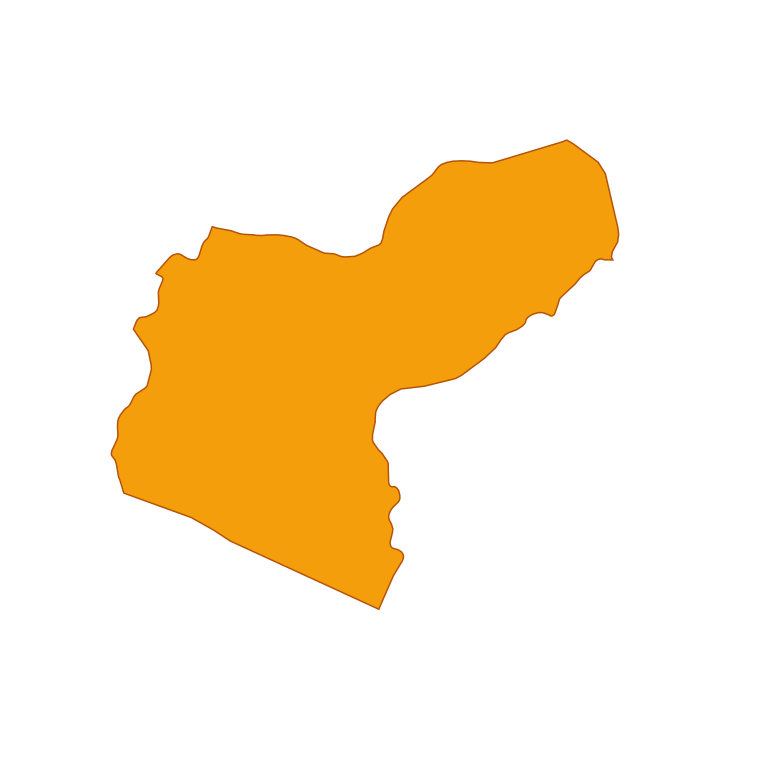 the Province of Pouthisat, rotated 159°
{"feature_id": "KHM-1780", "entity_name": "Pouthisat", "entity_type": "Province", "adm_level": 1, "iso_a3": "KHM", "parent_name": "Cambodia", "parent_adm1": "", "projection": "orthographic", "projection_center": [103.597, 12.527], "detail": "fine", "context": "isolated", "style": "filled", "palette": "amber", "viewbox_px": 768, "rotation_deg": 159, "n_neighbors": 0, "source": "natural_earth", "source_scale": "10m", "svg_char_len": 2823}
<svg xmlns="http://www.w3.org/2000/svg" viewBox="0 0 768 768"><g transform="rotate(159 384 384)"><path d="M125.9,546.2L121.4,540.6L104.6,514.3L102.0,500.9L109.7,445.8L111.4,439.4L114.9,433.0L123.5,425.6L126.3,420.8L125.9,417.8L133.8,421.0L135.2,422.2L135.7,422.5L136.4,422.9L137.8,423.3L139.2,423.5L141.3,423.2L143.6,422.1L149.6,417.1L152.0,415.7L155.1,415.2L158.5,414.4L163.3,412.6L169.5,409.0L187.2,401.8L189.8,400.3L193.5,395.4L199.9,388.0L201.2,387.5L203.1,387.3L203.8,387.7L205.7,389.8L210.2,393.7L214.0,395.2L216.0,395.5L218.2,395.7L220.8,395.7L224.1,395.2L226.4,394.4L227.9,393.6L228.6,392.7L229.9,390.8L231.3,389.8L233.9,388.6L240.3,387.2L249.7,387.2L253.3,386.5L259.2,383.2L266.6,378.0L281.2,372.0L308.7,364.3L315.5,363.5L347.3,367.5L370.0,373.3L381.5,372.1L391.2,368.9L396.6,365.8L399.7,363.2L401.9,360.6L405.0,354.1L405.2,353.4L405.8,351.7L412.6,341.3L414.8,336.0L415.0,334.6L415.0,333.3L412.8,324.7L410.7,320.0L408.7,311.2L408.5,308.6L415.0,290.3L415.1,289.0L415.2,288.4L415.0,287.3L414.6,286.5L414.1,285.7L413.4,285.2L410.8,284.3L409.3,282.3L408.5,279.1L409.1,274.5L410.2,271.4L411.8,269.5L412.9,268.7L419.6,265.9L421.7,264.6L423.9,262.9L426.7,259.7L427.6,257.0L427.7,254.3L427.3,251.5L427.3,249.4L427.7,245.4L429.4,242.3L435.0,234.2L435.9,230.7L435.0,227.9L433.1,226.3L431.0,224.9L429.7,223.6L428.0,221.3L427.2,218.0L427.8,215.4L429.1,213.5L430.6,212.0L444.0,201.6L469.6,175.6L583.8,292.5L595.6,308.9L611.8,328.4L666.0,375.4L665.0,389.1L665.1,392.6L662.6,404.7L662.3,409.1L663.9,415.1L663.4,416.9L662.0,419.2L652.9,428.0L651.0,431.0L648.0,440.0L646.1,444.2L645.4,445.4L643.8,447.3L641.5,449.4L635.5,453.2L633.7,453.8L632.6,454.1L630.2,454.8L627.5,456.7L622.2,461.6L620.5,462.7L619.1,463.5L609.2,465.6L607.1,466.4L606.2,466.8L605.3,467.9L596.0,480.8L594.4,485.7L592.2,499.6L598.3,525.0L592.9,530.9L591.0,532.5L588.2,533.6L582.5,532.1L579.7,532.1L572.6,532.9L569.7,534.1L566.9,537.3L565.3,540.2L561.8,550.6L559.8,553.4L553.5,560.0L552.5,561.9L552.9,563.7L556.8,568.0L557.3,568.9L556.2,569.8L538.8,578.9L535.3,580.0L531.4,579.8L529.2,579.2L527.5,577.8L523.2,572.3L521.4,570.5L519.1,569.0L516.7,568.0L514.8,567.5L512.6,568.4L510.1,570.8L505.1,577.3L501.9,580.6L498.9,582.3L497.6,582.6L495.9,583.7L494.8,584.6L488.0,592.4L484.4,589.6L471.8,581.8L464.7,575.9L461.5,574.1L451.5,569.6L450.4,568.8L444.9,566.4L439.3,564.9L430.0,561.4L424.7,558.8L417.6,554.4L414.8,552.1L412.3,549.4L406.8,541.4L393.5,528.1L392.7,527.5L384.7,523.8L382.8,522.5L379.1,519.0L376.8,517.5L374.4,516.4L365.3,513.6L357.1,513.8L348.0,515.6L339.2,515.6L336.4,516.6L333.4,519.9L329.2,526.8L319.6,538.5L313.2,544.4L300.1,551.8L269.2,560.3L263.9,562.0L255.3,567.3L251.5,568.4L245.8,568.3L239.8,567.3L231.4,564.5L223.2,560.9L216.4,557.0L203.6,551.6L131.1,546.2L125.9,546.2L125.9,546.2Z" fill="#f59e0b" stroke="#b45309" stroke-width="1.5"/></g></svg>